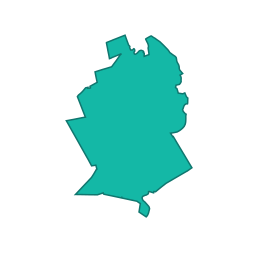 Visani, Braila, Romania (Mercator projection), rotated 314°
{"feature_id": "2599482B40440653080900", "entity_name": "Visani", "entity_type": "district", "adm_level": 2, "iso_a3": "ROU", "parent_name": "Romania", "parent_adm1": "Braila", "projection": "mercator", "projection_center": [27.327, 45.175], "detail": "fine", "context": "isolated", "style": "filled", "palette": "teal", "viewbox_px": 256, "rotation_deg": 314, "n_neighbors": 0, "source": "geoboundaries", "source_scale": "gbopen_adm2", "svg_char_len": 3653}
<svg xmlns="http://www.w3.org/2000/svg" viewBox="0 0 256 256"><g transform="rotate(314 128 128)"><path d="M143.8,201.6L144.2,200.1L145.4,195.5L146.9,190.1L148.9,182.6L150.3,177.4L151.5,173.0L153.3,166.5L152.8,166.4L153.8,162.2L156.1,163.9L157.2,164.7L159.3,166.1L160.6,166.5L162.0,166.9L163.8,167.2L165.7,167.4L168.1,167.3L170.3,166.6L171.7,165.8L173.0,164.8L174.8,163.2L176.7,161.3L178.3,160.2L178.0,159.4L178.3,156.1L178.9,155.1L179.3,154.3L180.1,154.2L181.7,153.4L182.9,152.9L183.2,152.8L184.3,152.7L184.8,152.8L185.7,153.0L186.7,154.0L186.9,153.9L187.6,153.4L191.1,150.2L191.0,149.1L191.2,148.0L192.7,144.5L190.6,143.6L188.0,139.9L188.9,138.4L190.3,135.9L190.3,135.7L190.1,134.1L192.2,132.8L195.1,134.7L196.2,134.6L197.3,134.4L198.3,134.0L199.0,133.2L201.0,131.4L201.7,130.2L202.2,128.7L204.0,129.2L205.2,129.5L205.5,126.5L205.6,125.0L206.4,123.5L207.3,122.6L207.7,122.1L208.5,120.8L208.8,120.0L209.1,118.9L209.5,117.7L210.0,116.6L210.8,115.6L211.7,114.4L212.2,113.6L212.3,112.2L212.0,110.5L211.7,108.7L211.5,106.9L211.3,105.7L211.8,103.6L212.0,102.1L212.1,99.0L212.2,95.9L212.2,93.4L212.2,91.0L211.9,89.2L211.7,88.2L211.5,86.7L211.4,86.0L211.3,85.1L210.9,83.7L210.7,82.6L210.5,81.4L210.4,81.1L210.3,80.7L209.4,80.3L207.5,79.7L205.4,79.1L204.5,78.9L204.3,78.9L204.1,79.2L203.1,81.9L202.7,83.1L202.4,83.8L202.1,84.4L201.7,85.1L201.3,85.6L200.8,86.1L200.4,86.5L199.8,86.7L199.5,86.9L195.8,91.7L195.4,92.1L190.8,89.9L191.5,89.1L192.3,88.5L192.9,87.9L193.1,87.7L193.0,87.3L192.9,86.6L193.5,86.5L193.8,86.2L193.9,85.6L193.8,85.2L193.5,84.4L193.2,83.7L192.7,83.2L192.1,82.9L191.4,82.6L190.6,82.5L189.5,82.6L188.6,82.6L187.7,82.5L187.0,82.3L186.3,82.1L185.9,81.8L185.7,81.2L186.0,80.5L186.4,79.9L187.0,79.6L187.8,79.5L188.1,79.4L188.8,78.6L189.1,77.9L189.2,77.3L189.1,77.1L188.4,77.0L187.7,77.1L187.3,77.1L186.6,76.5L186.4,76.1L186.0,75.9L186.0,75.6L186.2,75.3L186.4,74.7L186.5,74.3L186.8,73.7L187.1,73.2L187.7,72.9L188.0,72.6L188.0,72.1L188.1,70.8L190.7,65.4L192.7,61.4L190.3,60.3L185.7,58.2L183.9,57.4L180.7,55.9L180.1,55.7L179.2,55.3L177.7,54.6L177.0,54.3L175.9,53.8L175.1,53.4L174.6,53.3L174.5,53.2L174.4,53.2L174.2,53.4L173.4,54.6L172.6,55.7L171.5,57.3L170.3,59.0L169.9,59.5L166.9,63.9L165.0,66.5L166.6,67.3L167.2,67.4L176.3,71.4L176.2,71.7L174.7,71.6L174.0,71.8L171.8,72.2L167.9,72.8L160.7,73.7L156.0,71.1L152.7,69.2L145.5,65.3L143.7,67.8L139.4,74.1L131.6,71.7L130.8,73.1L130.3,73.0L129.4,72.1L128.7,71.5L129.4,70.9L127.4,69.6L122.7,69.9L119.3,69.8L119.1,69.7L117.2,69.5L115.4,69.8L114.1,72.7L113.5,74.0L113.4,74.2L111.7,77.9L111.1,79.2L106.2,89.8L106.0,89.6L102.6,87.2L96.4,82.9L92.2,79.9L90.8,78.9L90.4,78.6L89.1,83.1L87.7,87.6L85.1,96.4L83.5,101.8L82.7,104.4L78.9,117.1L77.7,121.2L75.5,128.1L78.9,130.7L76.8,134.2L76.4,134.1L76.0,134.1L75.5,134.2L74.1,134.6L73.5,134.7L72.0,135.1L71.2,135.3L67.1,136.1L58.8,136.2L49.6,136.3L43.7,136.4L44.2,136.9L45.1,137.9L47.0,139.9L55.0,148.5L55.6,149.1L58.8,152.5L59.1,152.6L64.0,155.2L63.7,155.6L63.6,156.6L72.0,170.0L73.1,171.8L73.5,171.7L73.8,171.7L73.5,172.4L81.6,185.4L81.6,185.8L81.7,186.7L82.0,188.3L82.3,189.3L75.2,194.3L75.8,197.7L76.7,202.8L78.1,202.8L79.3,202.5L80.1,202.2L81.1,201.8L82.8,200.8L83.2,200.6L83.7,200.3L84.9,199.6L85.7,198.3L86.0,197.5L86.1,196.5L86.3,194.2L86.4,192.7L86.5,191.4L86.4,190.6L86.3,189.5L86.5,188.6L87.1,187.3L87.6,186.6L88.0,186.4L88.3,186.3L89.4,186.2L90.3,186.6L91.4,187.0L92.2,187.6L94.1,188.2L94.5,188.2L94.9,188.2L95.9,187.6L96.5,187.0L97.0,187.2L99.1,191.4L99.2,191.5L100.3,190.7L100.5,190.9L100.7,191.2L101.3,192.1L109.0,193.0L114.7,193.8L122.5,196.0L130.3,198.2L137.3,200.2L138.1,200.5L143.8,201.6Z" fill="#14b8a6" stroke="#0f766e" stroke-width="1.5"/></g></svg>